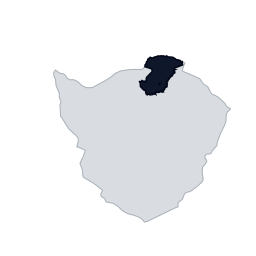 Hurungwe, Mashonaland West, Zimbabwe shown in context, rotated 21°
{"feature_id": "62879985B85730198836463", "entity_name": "Hurungwe", "entity_type": "district", "adm_level": 2, "iso_a3": "ZWE", "parent_name": "Zimbabwe", "parent_adm1": "Mashonaland West", "projection": "orthographic", "projection_center": [29.665, -16.521], "detail": "fine", "context": "in_parent", "style": "filled", "palette": "ink", "viewbox_px": 256, "rotation_deg": 21, "n_neighbors": 0, "source": "geoboundaries", "source_scale": "gbopen_adm2", "svg_char_len": 6638}
<svg xmlns="http://www.w3.org/2000/svg" viewBox="0 0 256 256"><g transform="rotate(21 128 128)"><path d="M177.0,210.0L175.0,208.6L172.3,207.7L168.8,207.3L164.2,207.4L158.6,208.1L152.5,207.2L146.1,204.6L140.8,203.7L134.4,204.8L134.1,204.9L133.0,204.0L131.2,202.1L128.3,201.8L127.5,201.4L126.9,200.7L126.4,199.8L126.3,198.8L126.7,195.7L126.5,195.3L125.7,195.0L124.1,194.6L120.2,193.2L115.4,191.9L107.5,190.5L104.4,190.1L103.7,189.6L102.8,188.5L101.3,185.0L99.8,182.6L96.4,179.0L95.8,177.9L96.0,175.0L96.2,172.7L96.5,170.7L96.3,168.9L96.3,166.6L96.3,165.1L95.9,164.4L94.6,163.9L91.1,163.8L86.9,163.9L86.7,161.6L86.2,158.0L85.4,155.9L84.4,154.8L82.4,153.7L78.4,152.2L73.0,150.0L68.3,146.6L62.9,142.3L61.2,141.6L59.2,137.6L56.1,130.7L56.2,128.4L55.7,127.2L52.8,123.9L52.1,122.1L51.5,120.3L46.8,115.4L45.1,113.3L43.9,110.5L42.6,108.3L41.6,107.4L40.2,105.9L39.3,104.1L38.8,102.9L39.1,101.1L39.6,99.9L44.0,101.1L46.4,101.1L48.3,100.5L50.7,101.2L53.5,103.4L56.6,103.8L59.8,102.4L64.3,102.7L69.9,104.9L74.6,105.3L80.1,103.2L84.9,97.6L89.5,92.3L94.0,86.2L96.7,81.3L100.8,77.3L106.1,74.2L111.5,71.6L119.9,68.4L121.5,65.8L122.1,62.9L122.0,58.9L122.5,56.4L123.3,55.2L124.7,54.3L126.5,53.1L132.0,50.1L136.7,48.2L142.3,46.9L148.5,46.9L154.4,46.9L157.8,46.9L157.8,50.7L158.1,55.0L158.7,55.4L163.2,55.5L170.4,55.8L177.3,56.2L181.7,59.3L183.1,60.0L187.7,60.9L193.5,66.1L200.5,66.7L205.3,68.4L209.5,70.2L212.0,72.4L213.5,72.9L215.7,73.1L216.7,73.3L216.5,74.8L215.0,77.4L215.1,81.1L217.0,86.3L217.2,90.8L216.4,98.7L216.3,106.4L216.5,109.1L216.8,111.0L217.2,112.0L217.1,113.1L215.8,116.3L214.8,119.7L214.8,121.0L214.4,122.0L213.7,122.8L210.7,124.3L210.1,125.3L210.1,127.0L210.5,128.5L211.6,129.1L212.9,129.9L213.5,131.0L213.4,132.2L213.0,134.3L211.7,137.8L212.8,142.0L214.1,144.6L215.9,147.7L216.7,149.6L216.6,151.0L216.3,152.3L213.4,157.9L211.3,161.3L208.8,165.0L205.5,167.3L204.7,168.4L204.3,169.7L204.4,172.5L204.2,175.4L201.4,179.8L203.0,183.7L202.6,184.1L201.7,184.6L197.6,188.9L193.6,193.3L190.6,196.4L187.2,200.0L183.4,204.1L180.2,207.6L177.0,210.0Z" fill="#d9dde1" stroke="#a8b0b8" stroke-width="1"/><path d="M133.1,90.0L133.5,90.1L133.6,89.9L133.8,89.9L134.1,89.9L134.3,90.0L134.4,89.8L134.4,89.6L134.5,89.4L134.5,89.1L134.9,89.2L135.1,89.1L135.1,88.9L135.2,88.6L135.7,89.0L135.8,89.0L136.1,89.0L136.4,89.2L136.6,89.2L137.1,89.0L137.0,88.8L137.1,89.0L137.1,88.7L137.4,88.6L137.5,88.5L137.6,88.4L137.6,88.5L137.7,88.4L137.8,88.2L138.0,88.4L138.2,88.2L138.5,88.2L138.8,87.8L139.0,87.4L139.2,87.6L139.3,87.4L139.5,87.4L139.6,87.2L139.9,87.1L140.1,86.8L140.7,86.8L141.2,86.5L141.4,86.6L141.5,86.5L141.6,86.3L141.8,86.4L141.7,86.2L141.4,86.0L141.3,85.6L141.3,85.4L141.2,85.3L141.1,85.0L140.7,84.9L140.8,84.8L140.7,84.8L140.8,84.7L140.9,84.8L141.0,84.5L141.4,84.4L141.6,84.4L141.7,84.5L141.8,84.4L142.0,84.3L142.4,84.0L142.5,84.0L142.8,83.9L142.9,84.0L143.2,83.8L143.2,83.6L143.9,83.9L145.2,82.7L144.8,82.1L145.8,81.3L145.9,81.6L146.2,82.1L146.4,82.2L146.5,82.3L146.7,82.2L146.9,82.2L147.0,82.2L147.3,82.0L147.3,81.9L147.5,81.9L147.4,81.4L147.7,81.4L147.4,81.1L147.7,80.8L147.5,80.5L147.8,80.2L147.8,79.8L148.0,79.6L147.9,79.4L148.0,79.4L148.0,79.2L148.1,78.9L148.2,78.7L148.3,78.4L148.0,78.2L148.0,77.9L148.1,77.6L148.1,77.4L148.2,77.2L148.4,76.9L148.2,76.7L148.5,76.5L148.4,76.4L148.6,76.4L148.6,76.2L148.8,76.1L148.7,76.0L149.1,75.9L149.0,75.7L149.3,75.5L149.1,75.4L149.1,75.2L149.3,75.1L149.2,74.9L149.3,74.6L149.3,74.2L149.2,74.1L149.2,73.9L149.0,73.6L148.8,73.4L148.8,73.2L148.7,72.6L148.7,72.4L148.4,72.5L148.4,72.3L148.2,72.0L148.2,71.9L147.9,71.6L148.0,71.5L148.0,71.4L147.8,71.2L148.0,70.8L148.0,70.6L148.1,70.4L147.9,70.1L148.1,70.0L147.9,69.8L148.2,69.6L148.1,69.4L148.1,69.0L148.2,68.9L148.4,68.8L148.4,68.7L148.2,68.6L148.3,68.2L147.9,68.0L148.1,68.0L148.1,67.7L148.3,67.7L148.4,67.4L148.5,67.5L148.6,67.4L148.7,67.1L148.8,67.1L148.7,66.5L148.9,66.3L149.0,66.4L149.0,66.1L148.9,65.9L148.9,65.7L149.2,65.6L149.3,65.2L149.6,65.0L149.8,64.7L149.7,64.3L149.9,64.0L149.9,63.8L150.1,63.8L150.0,63.5L150.3,63.2L150.6,63.2L150.7,62.9L150.7,62.6L150.7,62.4L150.8,62.3L150.8,62.1L150.7,61.8L150.7,61.5L150.7,61.0L150.8,61.0L151.2,60.6L151.4,60.4L151.4,60.1L151.7,60.0L151.9,59.8L151.8,59.4L151.7,59.5L151.5,59.4L151.5,59.6L151.2,59.5L151.3,59.4L151.2,59.3L151.1,59.0L150.9,58.6L151.0,58.6L150.9,58.5L151.0,58.5L150.6,58.3L150.6,58.0L150.4,57.9L150.5,57.8L150.4,57.7L150.6,57.3L150.9,57.2L150.9,56.7L151.1,56.5L150.7,56.6L150.8,56.4L150.7,56.3L150.3,56.3L150.3,56.2L150.1,56.0L150.1,55.9L149.9,55.9L150.0,55.6L149.9,55.5L149.7,55.5L149.8,55.3L149.8,55.2L152.1,53.5L156.4,49.5L155.9,48.7L155.2,48.3L155.2,46.9L154.9,46.7L154.7,46.4L154.5,46.5L154.2,46.9L153.6,47.5L153.5,47.4L153.4,47.2L153.0,47.0L152.7,46.4L152.4,46.2L151.8,46.3L151.2,46.5L150.3,46.4L149.8,46.6L147.8,46.8L147.6,46.7L147.3,46.4L146.6,46.3L146.1,46.3L145.8,46.1L144.7,46.0L144.1,46.0L143.9,46.0L143.7,46.0L143.4,46.2L143.0,46.4L142.5,46.5L141.7,46.7L140.9,46.9L140.1,47.3L139.9,47.3L139.3,47.3L138.8,46.9L138.3,46.8L138.0,47.1L137.6,47.6L137.1,47.8L136.9,47.9L136.4,47.9L136.1,47.9L135.5,47.9L135.2,48.0L134.6,48.5L133.8,48.4L133.4,48.6L133.1,48.9L132.5,49.0L132.2,49.3L131.6,49.6L131.0,49.8L130.6,49.7L130.3,49.9L129.9,50.4L129.0,51.0L127.5,52.2L126.9,52.6L126.4,53.2L126.2,53.7L126.0,53.9L125.7,54.1L124.9,54.0L124.5,54.0L123.7,54.0L123.3,54.1L123.1,54.7L122.8,55.1L122.5,55.9L122.4,56.0L121.9,56.4L121.8,56.8L122.0,57.4L122.2,58.0L122.2,58.3L122.0,58.9L121.7,59.2L121.6,59.4L121.7,60.0L121.6,60.6L121.7,61.1L122.0,61.2L122.1,61.3L122.0,61.6L121.6,62.2L121.3,62.9L121.4,63.2L121.7,63.4L121.8,63.5L121.7,63.9L121.9,64.4L121.8,64.7L129.0,64.3L130.4,66.6L127.2,74.0L127.3,75.2L128.3,78.3L128.2,78.5L128.1,78.4L128.0,78.5L127.9,78.4L127.9,78.5L127.7,78.5L127.7,78.3L127.3,78.4L127.2,78.5L127.2,78.3L127.0,78.2L126.8,78.3L126.7,78.5L126.7,78.4L125.7,79.0L125.4,78.8L125.1,79.0L125.0,78.9L124.9,79.0L124.8,78.9L124.7,79.2L124.5,79.3L124.3,79.2L124.2,79.2L124.3,79.4L124.1,79.5L124.0,79.4L124.0,79.6L123.8,79.7L123.6,80.1L123.2,80.2L122.5,80.2L122.4,80.3L122.1,80.5L122.4,80.9L122.5,81.1L122.8,81.0L123.1,81.2L123.3,81.6L123.9,82.8L123.9,83.0L124.0,83.5L124.3,83.7L124.4,84.0L124.6,84.6L124.9,85.0L125.1,85.1L125.9,85.1L126.1,85.4L126.5,85.4L126.8,85.6L127.0,85.7L127.1,86.2L127.9,86.2L128.2,86.5L128.4,86.5L129.2,86.9L130.1,87.0L130.4,87.0L130.7,86.8L131.0,86.9L131.3,87.3L131.7,87.6L131.9,88.1L131.8,88.6L131.9,88.8L132.3,89.1L132.8,89.6L133.0,89.7L133.1,90.0ZM141.4,74.8L141.5,74.7L141.8,74.8L141.7,75.0L141.9,75.3L142.0,75.7L141.7,76.0L141.6,75.7L141.3,75.7L141.1,75.6L140.9,75.5L140.9,75.3L141.0,75.2L141.3,74.8L141.4,74.8Z" fill="#0f172a" stroke="#020617" stroke-width="1.5"/></g></svg>